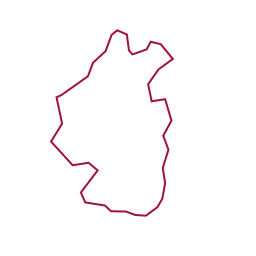 outline of Birmingham, rotated 133°
{"feature_id": "GBR-5690", "entity_name": "Birmingham", "entity_type": "Metropolitan Borough", "adm_level": 1, "iso_a3": "GBR", "parent_name": "United Kingdom", "parent_adm1": "", "projection": "equal_earth", "projection_center": [-1.881, 52.484], "detail": "fine", "context": "isolated", "style": "outline", "palette": "rose", "viewbox_px": 256, "rotation_deg": 133, "n_neighbors": 0, "source": "natural_earth", "source_scale": "10m", "svg_char_len": 596}
<svg xmlns="http://www.w3.org/2000/svg" viewBox="0 0 256 256"><g transform="rotate(133 128 128)"><path d="M207.3,118.5L179.7,121.3L180.3,133.1L193.0,143.1L190.4,175.0L169.7,179.2L154.3,201.2L149.1,199.1L117.5,192.6L104.1,198.1L87.0,196.8L71.1,203.5L63.9,202.5L60.4,192.6L70.6,180.2L71.1,174.9L57.8,168.0L49.4,170.2L44.4,161.3L46.9,142.3L64.3,145.7L82.3,143.1L92.3,128.9L81.6,120.5L93.0,101.2L109.6,97.0L116.3,83.6L133.6,75.3L142.9,63.3L156.3,54.7L165.7,52.5L179.9,55.1L186.7,63.4L190.4,72.4L200.5,83.7L200.4,92.0L211.6,108.5L207.3,118.5Z" fill="none" stroke="#9f1239" stroke-width="2"/></g></svg>